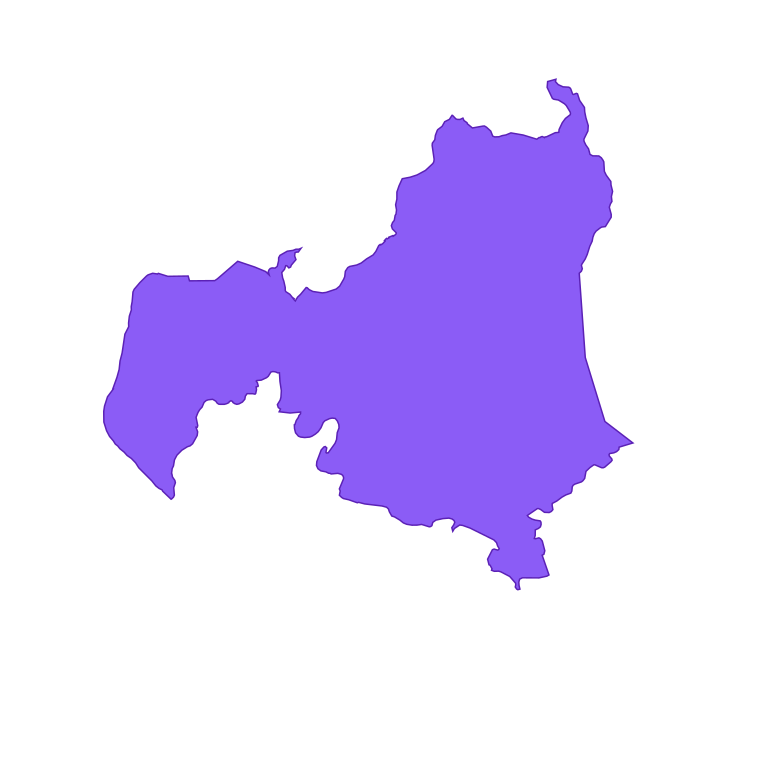 outline of San Fernando, Bolívar, Colombia, rotated 252°
{"feature_id": "7082276B31468008536836", "entity_name": "San Fernando", "entity_type": "district", "adm_level": 2, "iso_a3": "COL", "parent_name": "Colombia", "parent_adm1": "Bolívar", "projection": "mercator", "projection_center": [-74.356, 9.108], "detail": "fine", "context": "isolated", "style": "filled", "palette": "violet", "viewbox_px": 768, "rotation_deg": 252, "n_neighbors": 0, "source": "geoboundaries", "source_scale": "gbopen_adm2", "svg_char_len": 6159}
<svg xmlns="http://www.w3.org/2000/svg" viewBox="0 0 768 768"><g transform="rotate(252 384 384)"><path d="M620.7,641.7L621.1,633.1L615.7,630.8L603.6,632.4L602.4,633.4L600.2,637.6L594.8,642.2L592.5,643.4L585.1,645.1L583.8,645.0L582.6,644.4L580.5,638.6L577.4,634.3L572.0,629.2L569.3,628.0L570.1,624.5L568.9,615.0L569.2,613.4L568.7,612.8L570.4,611.1L570.6,609.9L570.1,608.6L570.5,607.7L569.6,605.0L577.8,593.3L583.6,582.3L583.2,576.9L583.7,573.2L583.6,569.8L584.8,565.6L586.2,564.0L591.5,563.7L596.6,560.8L598.3,559.3L598.7,557.9L600.2,547.2L605.7,543.7L606.9,543.7L609.8,541.5L612.5,541.2L612.1,538.1L613.0,535.5L613.9,534.3L618.3,532.2L618.5,531.7L615.5,528.0L614.7,522.8L611.1,518.9L609.3,513.7L608.6,512.9L604.6,509.7L600.6,507.8L598.1,504.4L596.0,503.5L582.2,501.1L579.9,500.0L578.6,498.6L574.3,489.4L572.6,479.9L572.6,472.7L573.6,464.8L567.8,459.5L562.6,455.6L555.9,453.4L550.8,450.4L545.7,449.7L541.9,447.9L540.9,446.7L536.4,444.3L535.0,442.1L532.3,439.9L528.9,439.9L524.2,442.3L523.5,442.2L522.6,441.3L521.7,438.4L522.4,438.3L522.1,433.9L521.5,433.9L521.1,432.0L521.7,431.5L521.2,430.3L520.2,428.7L519.6,429.2L517.9,426.2L517.3,423.8L517.9,423.5L517.3,421.8L512.6,417.2L510.1,413.5L508.4,406.2L506.1,399.7L505.6,394.8L506.4,387.7L505.9,385.5L503.2,382.1L498.2,379.8L496.2,378.1L490.8,372.1L489.1,367.9L489.0,357.3L489.7,353.5L494.0,344.9L496.9,342.0L499.3,340.7L499.8,339.8L495.1,332.4L493.3,328.6L490.4,325.3L492.7,324.2L493.2,324.1L493.2,324.7L494.7,323.6L498.4,322.2L502.1,319.2L503.4,319.0L506.4,319.9L512.8,320.5L516.3,320.4L521.6,321.2L523.8,324.8L526.9,327.1L526.6,328.1L523.8,329.4L524.1,331.3L525.7,332.6L529.5,338.7L533.4,338.6L536.3,339.9L536.5,341.4L536.0,343.3L538.7,347.0L538.5,344.7L539.4,342.0L539.2,338.8L540.2,333.0L538.5,324.8L536.6,322.8L533.7,321.8L528.8,318.8L527.9,316.2L529.0,313.4L529.0,311.5L528.1,309.9L526.5,308.6L523.2,308.5L527.5,306.2L535.2,297.2L545.9,282.8L535.5,258.0L534.6,255.0L542.2,230.9L547.2,231.1L553.2,211.7L559.0,203.5L558.6,202.6L560.8,198.2L560.7,193.3L560.1,191.5L555.9,183.2L551.3,175.7L549.1,173.7L540.1,169.9L535.7,167.5L532.5,166.6L527.3,162.8L520.9,159.9L517.4,158.9L511.5,153.0L494.4,144.5L487.5,140.1L479.7,136.6L472.9,132.1L463.2,124.6L462.9,125.0L457.3,117.1L449.4,111.4L444.6,109.0L434.3,105.8L425.3,105.7L418.9,106.8L413.6,109.0L409.9,109.9L407.4,111.6L404.1,112.8L399.5,115.8L395.4,117.6L391.3,120.7L385.8,123.4L380.0,124.9L363.5,133.3L357.6,135.5L354.2,137.8L351.9,140.2L350.4,140.4L340.2,145.9L340.3,146.5L341.5,148.9L343.1,150.3L350.4,152.0L354.6,155.1L356.9,155.3L361.0,154.1L364.0,154.5L364.3,154.2L369.0,156.4L371.2,158.5L376.6,161.3L380.3,165.1L383.5,171.3L385.1,177.7L385.1,180.5L386.3,183.5L392.7,190.4L396.1,192.0L401.0,191.8L400.6,193.1L402.0,194.0L410.4,195.0L414.4,198.3L416.6,200.9L418.2,203.8L422.1,207.2L423.2,209.7L423.3,211.8L422.4,216.3L419.7,218.7L417.2,219.5L415.7,220.8L414.0,226.0L413.9,228.3L414.2,230.6L415.0,231.4L415.4,233.3L414.1,234.6L413.1,234.6L411.5,235.9L410.2,237.7L409.9,239.9L410.6,243.8L412.5,246.9L415.3,248.4L417.1,250.8L415.4,256.0L414.2,258.2L414.7,259.1L418.0,261.0L420.8,261.5L420.6,263.4L421.0,263.8L424.2,264.0L426.3,263.4L426.6,264.1L425.6,268.5L426.3,274.3L427.1,276.3L430.3,280.1L430.2,282.1L429.1,284.5L427.4,286.4L427.0,288.0L418.4,285.8L409.4,284.3L403.3,281.9L400.8,280.3L397.3,276.2L394.2,276.2L392.2,277.8L390.0,275.7L385.4,285.8L383.1,296.0L381.5,295.4L380.2,293.3L378.8,292.3L376.3,289.2L372.9,286.7L372.9,286.1L369.2,285.1L364.9,284.8L360.8,286.5L359.3,288.3L357.6,292.0L356.5,296.9L356.6,299.3L357.6,303.3L359.0,306.7L361.8,310.5L366.1,314.3L367.3,316.4L367.9,321.5L367.6,324.1L366.3,327.0L363.2,328.2L359.4,328.5L356.2,327.7L352.2,324.5L345.8,321.7L342.7,319.1L335.8,309.7L336.2,307.9L337.0,307.7L340.9,309.8L342.7,308.8L342.7,307.4L340.7,303.9L330.9,296.1L327.4,294.6L323.8,295.0L320.9,297.1L318.4,301.6L316.3,303.7L315.7,305.1L314.8,305.9L313.3,312.5L311.3,315.5L309.8,316.5L307.8,316.7L306.3,316.2L298.0,309.1L295.8,309.3L292.0,307.2L289.3,308.6L287.6,310.0L284.8,314.7L279.3,321.9L279.3,323.3L275.9,328.6L268.6,344.4L266.0,348.4L263.8,349.6L260.8,349.6L256.0,350.6L254.4,352.9L249.7,357.0L245.9,359.5L243.6,362.2L241.1,367.0L239.6,371.8L238.8,376.4L234.2,382.9L234.0,384.3L234.5,385.8L237.3,387.6L238.5,391.3L237.8,398.3L236.4,404.3L234.6,407.0L232.6,408.4L230.7,408.6L228.6,406.9L226.4,404.1L222.7,403.9L224.8,406.3L226.5,412.4L225.2,415.1L220.5,421.2L201.8,440.3L198.3,442.0L194.9,442.0L191.8,442.7L191.1,441.9L190.9,440.8L193.0,437.7L192.9,435.9L185.4,428.4L179.6,428.0L178.9,428.9L174.9,429.6L173.6,428.7L171.8,431.0L170.6,435.1L169.4,436.9L162.1,444.1L153.9,447.6L152.2,447.2L150.4,446.1L148.0,446.8L147.0,447.7L146.9,449.9L150.7,450.2L153.9,451.0L156.5,452.7L156.9,455.8L151.7,471.5L150.9,479.6L151.4,481.9L172.3,481.5L172.6,483.4L175.7,485.4L185.7,486.0L188.4,485.1L189.8,483.8L190.0,480.3L190.6,479.2L193.2,481.0L198.5,482.8L198.9,486.2L199.8,488.6L201.8,490.0L204.1,490.6L205.6,490.2L207.8,485.8L209.9,482.9L212.8,480.3L214.7,479.7L218.1,491.3L217.7,492.6L216.1,494.3L212.4,496.9L210.7,501.4L211.1,503.8L212.3,505.8L216.6,506.4L218.4,507.1L219.3,512.2L221.4,518.3L222.3,522.7L222.5,528.0L224.2,529.6L228.1,531.3L229.3,532.7L229.8,534.6L229.9,541.6L230.6,543.4L232.2,545.7L238.5,549.1L240.9,554.1L242.3,558.6L241.9,559.7L237.2,565.0L236.6,566.5L236.7,568.2L239.9,575.8L241.0,577.4L242.4,577.5L246.0,576.0L247.5,576.3L248.1,577.2L247.5,581.3L247.8,584.3L249.1,587.1L251.3,588.1L251.0,602.5L280.1,582.5L347.0,583.6L429.0,603.9L430.3,606.6L432.3,608.2L435.8,608.4L436.8,609.2L440.7,614.0L444.4,617.3L451.3,622.2L455.5,626.1L459.0,628.0L462.0,630.4L463.9,633.0L465.5,637.5L466.0,639.4L465.3,643.2L472.4,651.6L475.1,652.5L482.5,652.9L485.3,655.0L487.2,657.2L492.0,658.2L496.5,660.9L503.1,661.4L506.5,662.3L513.9,659.9L518.1,659.3L527.4,661.7L529.3,661.4L532.0,660.6L534.5,658.8L536.5,653.0L538.7,650.9L544.5,651.2L549.0,649.8L552.7,649.3L554.4,649.5L555.5,650.2L561.6,656.1L566.6,658.1L574.8,658.3L580.8,659.0L585.1,660.1L593.2,657.7L600.2,657.7L601.0,656.7L600.8,653.7L601.4,653.0L606.9,652.8L608.3,652.3L609.2,651.4L611.3,646.1L614.9,642.2L618.6,640.5L620.7,641.7Z" fill="#8b5cf6" stroke="#5b21b6" stroke-width="1.5"/></g></svg>